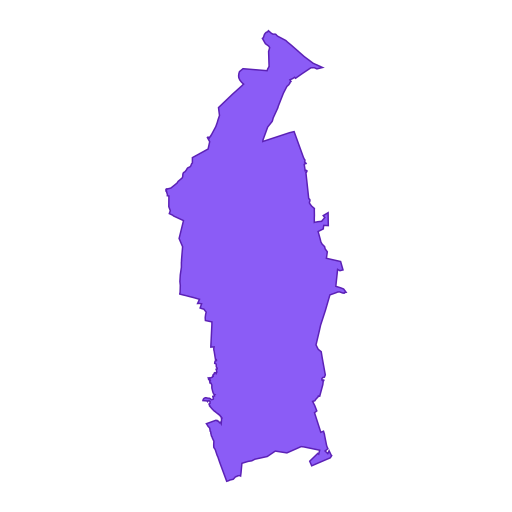 El Marqués, Querétaro, Mexico (Equal Earth projection)
{"feature_id": "50627088B31267515785152", "entity_name": "El Marqués", "entity_type": "district", "adm_level": 2, "iso_a3": "MEX", "parent_name": "Mexico", "parent_adm1": "Querétaro", "projection": "equal_earth", "projection_center": [-100.296, 20.736], "detail": "fine", "context": "isolated", "style": "filled", "palette": "violet", "viewbox_px": 512, "rotation_deg": 0, "n_neighbors": 0, "source": "geoboundaries", "source_scale": "gbopen_adm2", "svg_char_len": 5919}
<svg xmlns="http://www.w3.org/2000/svg" viewBox="0 0 512 512"><path d="M281.3,38.1L277.8,36.3L276.7,35.4L276.0,34.5L275.1,34.1L273.2,34.2L271.5,33.4L268.4,30.7L267.6,31.9L266.4,32.2L265.5,33.0L264.5,34.3L264.0,35.7L263.4,37.6L262.4,38.4L265.4,43.7L268.6,46.0L269.7,47.6L268.6,51.5L269.0,63.9L269.1,66.6L268.7,67.0L268.5,67.6L267.7,68.9L267.1,70.7L243.0,68.7L239.5,71.6L238.9,73.5L238.6,75.9L238.8,77.7L239.8,80.0L241.6,82.3L243.6,84.1L242.9,84.7L242.3,85.4L232.5,94.2L218.5,107.6L219.5,115.5L217.9,120.2L217.3,122.4L215.8,126.6L211.0,135.6L210.9,135.5L209.6,137.5L209.6,137.4L209.1,137.2L208.5,137.4L208.3,137.3L208.0,137.6L207.6,137.3L207.4,137.5L209.7,141.7L208.1,149.0L192.4,157.6L192.4,162.9L191.6,163.8L190.8,165.9L190.2,166.7L187.7,167.9L187.2,168.5L186.9,169.0L186.7,169.3L186.7,169.5L186.2,170.2L184.9,171.8L183.5,172.6L182.9,174.0L182.7,176.6L182.3,177.8L178.1,181.4L177.1,183.0L174.2,185.4L170.8,188.1L167.9,188.8L166.5,188.9L166.6,189.4L166.8,189.5L166.6,189.9L165.9,189.9L166.0,191.0L166.3,191.0L166.4,191.6L166.8,192.0L166.7,192.2L166.8,192.7L167.3,194.1L167.4,195.0L167.3,195.7L168.9,196.0L168.8,206.7L170.3,210.7L169.3,213.6L172.7,215.2L173.6,216.0L183.5,220.6L179.1,238.5L182.6,246.7L181.5,260.2L181.6,260.3L181.4,262.4L181.4,267.3L180.3,274.7L179.9,281.5L180.3,285.4L180.1,292.4L179.8,293.4L179.8,294.1L194.0,297.7L199.5,299.3L197.6,303.5L197.8,303.5L199.3,303.4L201.6,303.8L200.1,308.0L202.3,308.8L203.8,309.1L206.2,312.2L205.7,314.0L205.3,316.7L205.2,317.7L205.4,320.5L211.9,321.9L211.9,324.4L210.8,347.1L214.1,346.9L213.9,348.0L213.7,348.9L213.9,350.3L214.1,350.9L215.6,360.3L216.2,360.2L216.4,360.0L216.5,360.6L216.0,360.8L215.2,361.1L215.1,361.6L214.8,362.0L214.8,362.3L214.7,363.4L215.3,363.5L215.6,363.7L215.9,363.9L216.1,364.3L216.3,364.8L216.2,365.9L216.3,366.7L216.6,367.3L217.1,368.1L217.2,368.9L216.1,369.2L216.1,369.3L216.3,369.3L216.8,372.2L216.1,373.6L215.6,372.7L215.0,372.6L214.8,372.6L214.4,372.9L214.3,373.2L214.0,373.8L214.0,374.1L213.7,374.6L213.5,374.8L213.3,374.7L212.9,375.1L213.0,375.4L212.9,375.9L213.0,376.1L213.1,376.3L212.6,376.5L212.6,376.9L212.3,377.2L212.0,377.4L211.3,377.5L210.8,377.8L210.2,377.8L210.1,378.0L209.9,378.1L209.7,377.9L209.6,378.0L209.3,377.9L209.0,377.9L208.7,378.0L208.3,377.9L208.6,379.4L209.9,379.2L210.0,379.9L210.2,380.3L209.9,380.3L210.1,380.6L209.6,380.7L210.0,382.0L209.8,382.1L209.9,382.4L210.0,382.8L210.2,382.7L210.4,383.1L210.8,383.0L211.1,383.4L211.8,385.0L211.9,386.1L211.8,386.5L211.8,387.0L211.9,388.3L212.9,392.2L213.6,393.9L214.1,394.4L214.6,394.6L214.4,394.7L214.4,394.8L214.5,394.9L214.5,395.3L214.4,395.5L214.5,395.9L212.2,396.5L212.6,396.6L212.9,396.9L213.1,397.2L213.3,397.6L213.4,398.3L213.3,398.8L213.3,399.1L213.0,399.3L211.4,399.7L211.1,399.6L210.6,399.0L210.3,398.7L209.7,398.4L209.2,398.2L208.0,398.2L205.9,397.7L205.2,397.8L204.3,398.2L203.6,398.8L203.2,399.6L202.9,400.4L202.9,400.6L207.0,400.9L207.6,401.7L208.1,401.0L208.3,400.8L209.0,400.5L210.1,401.6L210.0,402.5L210.0,403.2L210.0,403.4L209.0,404.0L209.1,404.5L210.0,406.1L209.8,406.2L212.2,409.0L214.5,411.3L214.9,411.5L215.2,411.5L215.3,411.8L218.8,414.6L218.8,414.4L219.8,415.2L220.6,416.2L220.4,416.2L221.4,417.6L221.6,418.3L221.9,418.2L221.9,418.5L221.6,418.7L221.7,418.8L221.5,419.6L221.4,421.3L221.2,423.8L220.3,422.3L219.5,422.8L219.4,422.7L218.5,421.2L217.3,421.1L217.2,420.5L215.8,420.3L206.4,423.7L207.3,425.0L207.7,425.7L207.8,426.0L209.7,428.1L210.2,431.3L210.7,431.9L210.8,432.4L210.8,433.4L211.1,434.1L211.1,434.7L211.3,435.2L211.4,435.9L212.1,437.1L212.5,438.4L213.1,439.6L213.3,440.1L213.5,440.3L213.8,441.1L213.9,441.7L213.8,442.3L213.7,445.0L213.8,447.1L213.9,447.6L214.9,449.0L215.3,449.8L217.1,455.3L217.9,457.0L218.9,460.0L219.9,462.9L226.7,481.3L228.9,480.6L229.6,480.1L233.1,479.3L233.3,479.2L235.2,477.1L235.9,476.6L236.2,476.5L236.8,476.5L237.5,475.9L238.5,475.7L239.9,475.6L240.6,476.0L241.0,473.0L241.9,463.3L248.1,461.4L251.8,460.8L254.9,459.2L267.3,456.5L275.1,451.2L275.4,451.1L286.9,452.9L301.1,446.6L303.9,446.9L306.2,447.4L319.7,450.2L318.7,454.1L317.8,453.4L309.7,461.2L311.7,465.8L330.3,457.8L331.7,455.6L331.1,455.0L329.1,450.8L327.8,453.6L325.1,451.0L327.9,448.7L326.8,446.2L326.5,445.0L324.7,436.0L324.4,434.1L323.5,431.2L320.8,432.3L314.5,412.7L316.8,410.9L314.7,405.5L312.6,401.4L314.8,400.8L315.8,399.3L318.3,396.6L318.4,396.0L319.7,396.2L322.8,384.7L323.3,380.6L323.8,380.5L323.8,380.1L323.4,380.0L322.5,379.9L322.4,380.5L322.1,380.3L321.9,379.8L321.8,378.7L322.8,377.5L324.4,377.2L325.3,374.9L322.4,358.9L321.2,351.7L318.2,349.3L316.0,344.9L319.2,331.4L320.6,325.1L325.4,310.4L329.9,294.9L336.1,292.7L337.7,292.0L339.7,291.9L342.6,293.0L344.2,293.2L344.5,292.8L344.5,292.6L346.1,292.3L343.6,289.0L340.9,287.9L335.8,286.3L337.6,269.4L339.9,270.7L343.0,269.9L340.6,261.5L326.4,258.3L327.3,251.8L325.1,248.8L324.6,246.6L322.1,244.1L320.9,242.0L320.3,239.5L318.1,231.5L323.3,228.9L323.4,227.4L323.8,225.4L328.3,225.6L328.1,212.7L323.2,215.6L324.8,217.5L321.6,221.3L317.8,221.7L316.0,222.1L314.8,222.2L314.3,222.4L314.3,217.7L314.4,215.5L314.3,209.7L314.4,208.5L311.6,206.1L310.4,204.5L309.5,203.2L309.4,202.7L309.5,201.9L309.9,201.0L309.9,199.9L309.8,199.6L309.4,199.3L309.4,199.1L309.2,199.0L309.0,198.7L308.7,198.4L305.9,172.6L306.4,172.3L306.8,171.6L307.0,170.9L306.4,170.4L306.0,170.3L305.8,170.4L305.6,170.7L305.2,170.8L304.2,164.3L304.5,164.0L306.1,163.5L305.9,163.1L305.4,162.8L304.8,162.3L304.6,162.0L304.8,161.7L304.9,161.0L304.9,160.1L304.9,159.9L304.4,159.4L303.4,157.3L294.1,131.6L289.5,132.7L262.8,141.5L263.0,139.9L267.7,127.0L270.5,123.5L272.1,121.5L272.5,120.5L273.2,117.9L277.8,107.9L277.8,107.6L278.0,107.3L278.1,106.6L283.4,93.2L286.9,86.4L288.7,84.8L289.9,83.1L289.8,82.5L291.0,81.5L289.9,79.8L292.6,78.6L294.6,77.3L295.5,78.3L302.2,73.6L310.9,67.8L314.3,67.7L316.9,68.9L322.5,67.5L313.2,63.3L304.1,56.5L291.3,45.2L287.5,42.1L285.8,40.5L281.3,38.1Z" fill="#8b5cf6" stroke="#5b21b6" stroke-width="1.5"/></svg>